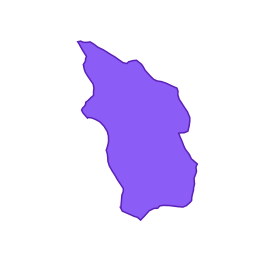 the district of Sollentuna, Stockholm, Sweden, rotated 45°
{"feature_id": "70781695B54178975412741", "entity_name": "Sollentuna", "entity_type": "district", "adm_level": 2, "iso_a3": "SWE", "parent_name": "Sweden", "parent_adm1": "Stockholm", "projection": "equal_earth", "projection_center": [17.924, 59.447], "detail": "fine", "context": "isolated", "style": "filled", "palette": "violet", "viewbox_px": 256, "rotation_deg": 45, "n_neighbors": 0, "source": "geoboundaries", "source_scale": "gbopen_adm2", "svg_char_len": 1631}
<svg xmlns="http://www.w3.org/2000/svg" viewBox="0 0 256 256"><g transform="rotate(45 128 128)"><path d="M179.1,189.6L182.7,190.8L187.1,189.1L191.6,187.3L194.7,186.2L197.8,184.5L202.0,184.2L201.9,178.7L201.5,171.6L203.2,166.5L205.7,163.8L205.6,160.5L207.8,157.6L212.4,153.3L218.3,148.8L222.7,145.1L224.2,141.5L224.5,136.4L224.4,135.4L224.3,134.4L222.1,131.9L220.3,129.1L218.2,125.5L216.8,124.1L214.6,120.5L210.3,116.9L208.2,112.3L207.1,110.2L205.0,108.6L203.6,107.5L203.0,106.1L202.7,104.8L202.5,104.4L194.5,105.0L190.2,103.4L183.6,102.5L179.8,101.1L176.1,99.4L171.2,97.5L167.5,95.9L169.2,93.6L171.2,91.5L172.6,87.9L169.8,83.3L166.9,79.5L164.3,76.9L158.5,74.5L153.7,73.6L147.3,72.2L143.9,71.5L139.6,69.2L137.3,66.6L134.4,65.2L130.4,66.8L123.2,69.4L118.6,71.7L115.4,74.1L111.7,75.5L106.8,75.5L99.3,75.1L95.3,73.9L92.4,73.4L86.1,74.1L83.8,76.9L81.7,80.6L81.5,83.3L78.3,85.3L72.8,86.3L68.5,87.0L63.9,88.2L55.6,90.1L49.5,92.2L44.3,92.9L40.3,93.9L38.9,95.9L36.1,98.8L33.0,100.1L31.5,102.6L33.8,103.1L37.5,104.2L40.8,105.1L44.9,106.1L48.0,106.7L49.0,109.0L50.7,111.0L51.5,114.7L55.4,117.3L58.1,118.6L61.9,119.6L66.5,120.5L72.1,121.5L75.5,123.7L78.3,127.1L80.6,129.4L80.3,132.4L80.3,137.5L79.9,139.7L81.3,141.3L81.8,143.4L81.8,146.0L82.5,148.2L85.7,149.2L89.9,149.5L92.4,149.6L92.4,148.8L95.2,146.5L99.0,144.9L103.9,143.5L109.9,143.7L115.7,145.1L119.7,147.4L123.2,150.7L124.9,152.8L127.2,156.8L128.3,159.1L131.5,160.8L134.7,163.3L137.3,165.7L141.6,168.0L147.3,169.6L151.7,170.5L157.1,172.0L161.7,172.9L167.5,174.1L169.5,176.2L171.2,179.9L175.6,185.0L179.3,189.5L179.1,189.6Z" fill="#8b5cf6" stroke="#5b21b6" stroke-width="1.5"/></g></svg>